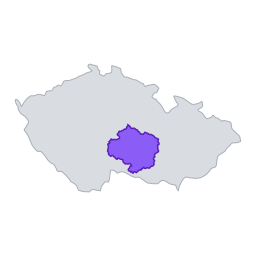 Vysočina on a map of Czechia (Albers equal-area conic projection)
{"feature_id": "CZE-1594", "entity_name": "Vysočina", "entity_type": "Region", "adm_level": 1, "iso_a3": "CZE", "parent_name": "Czechia", "parent_adm1": "", "projection": "albers", "projection_center": [15.646, 49.41], "detail": "fine", "context": "in_parent", "style": "filled", "palette": "violet", "viewbox_px": 256, "rotation_deg": 0, "n_neighbors": 0, "source": "natural_earth", "source_scale": "10m", "svg_char_len": 6725}
<svg xmlns="http://www.w3.org/2000/svg" viewBox="0 0 256 256"><path d="M240.6,141.5L239.8,141.6L237.9,142.5L235.4,142.9L232.7,142.8L230.7,144.3L228.8,146.6L226.8,148.2L225.8,149.7L225.2,151.1L218.5,155.5L217.6,157.2L216.9,159.6L216.7,162.7L216.3,165.5L215.1,167.1L211.4,168.4L210.5,169.2L209.8,170.6L207.8,172.9L205.4,175.1L200.9,177.6L196.0,178.4L189.7,177.8L186.0,176.9L184.2,178.0L181.8,181.2L179.2,186.6L178.2,190.7L177.3,189.6L175.7,185.3L174.0,184.8L171.6,184.4L169.8,183.8L166.0,181.4L164.0,180.6L161.7,180.5L159.6,182.0L158.0,183.7L152.9,183.7L147.4,182.9L139.4,177.3L137.4,177.2L135.2,177.5L131.7,176.2L125.0,172.5L121.9,171.6L119.9,172.1L118.1,172.9L116.8,173.0L116.1,171.8L113.6,170.3L111.1,170.1L110.4,171.0L109.4,179.1L108.6,182.0L105.1,181.8L103.9,183.2L101.1,187.1L100.5,190.8L95.8,190.1L93.6,189.4L91.6,189.8L89.4,191.9L83.3,191.6L78.5,190.3L76.5,185.6L74.4,183.7L71.6,182.0L70.7,181.6L69.2,179.0L66.4,175.8L61.8,171.4L58.2,171.5L56.8,170.3L56.3,168.7L54.9,165.9L53.2,163.9L51.2,163.1L48.3,160.6L44.5,155.2L41.0,151.4L37.5,151.4L35.4,149.4L33.2,146.8L31.7,144.3L29.3,138.3L27.6,134.9L26.2,132.7L24.7,130.9L24.1,129.5L26.3,126.5L27.1,124.9L28.0,123.8L28.5,122.5L28.6,121.6L26.9,118.4L24.5,116.1L21.0,113.7L18.9,110.7L18.1,108.0L18.0,106.6L16.5,104.6L15.4,101.6L15.4,99.9L15.8,99.5L17.0,99.5L18.2,100.7L20.0,103.1L21.4,106.4L22.4,105.2L24.3,101.8L27.6,98.0L30.8,95.8L33.7,95.8L36.1,95.2L38.1,94.2L41.5,94.8L43.9,95.7L44.7,95.2L45.8,93.2L46.5,91.4L52.0,90.5L53.9,87.2L55.0,87.2L56.2,86.7L57.4,85.5L58.5,85.0L59.4,85.6L60.5,86.1L61.7,85.3L63.6,81.4L64.6,80.8L69.4,80.4L75.9,78.2L79.2,76.2L82.5,75.1L86.0,73.2L91.5,71.4L91.8,70.6L89.3,68.5L88.4,67.3L87.9,66.0L88.8,64.5L90.0,64.1L91.5,64.7L96.1,65.7L97.3,66.5L97.8,68.5L98.9,70.4L99.8,70.7L99.5,73.7L100.9,74.9L103.0,75.9L104.5,75.7L105.5,74.5L105.9,73.6L108.7,73.5L111.6,72.3L111.8,70.1L111.7,66.2L112.0,65.6L116.3,66.8L120.6,68.6L121.2,72.5L122.4,74.4L123.7,76.2L125.1,77.0L127.3,77.2L133.2,79.5L136.1,80.0L139.0,81.6L141.5,83.2L143.3,83.6L144.1,85.4L145.2,86.6L147.1,85.6L154.2,84.2L156.8,86.0L158.6,87.9L158.8,88.5L157.9,90.1L157.5,91.4L156.8,92.3L154.3,93.2L153.0,94.7L152.0,96.3L152.7,97.8L154.7,99.0L156.1,99.2L156.6,100.3L161.2,105.3L164.9,111.8L166.4,112.8L167.7,113.1L169.2,112.1L171.0,109.9L173.0,108.4L174.8,107.5L177.9,105.7L178.0,104.5L175.3,100.1L173.8,96.5L174.1,95.9L177.4,96.4L183.1,98.2L192.0,104.4L193.6,104.4L196.6,103.9L199.9,102.7L201.5,101.5L202.1,101.9L202.7,105.4L201.9,107.4L197.9,109.4L198.2,110.3L199.2,111.4L201.0,112.2L203.3,114.4L204.9,117.0L206.2,118.2L207.7,118.7L211.3,117.2L212.3,116.1L212.7,115.3L213.4,115.4L214.7,116.7L215.1,117.4L218.7,118.7L220.8,120.5L222.2,121.3L223.6,120.4L229.2,121.6L230.8,122.7L231.4,124.7L231.2,125.9L232.1,129.0L239.6,136.2L240.5,140.0L240.6,141.5Z" fill="#d9dde1" stroke="#a8b0b8" stroke-width="1"/><path d="M158.4,139.1L158.3,139.7L158.2,140.3L157.8,141.3L157.8,141.6L157.9,141.8L158.8,142.8L158.9,143.0L159.0,143.3L159.0,143.6L159.0,143.9L159.0,144.2L158.9,144.5L158.7,144.6L157.7,144.8L157.6,145.0L157.5,145.4L157.7,146.1L157.8,148.4L157.8,148.8L158.5,150.8L158.5,151.1L158.5,151.5L158.4,151.7L155.4,153.5L155.0,154.0L154.7,154.6L154.5,154.9L154.5,155.3L154.5,155.6L154.5,155.8L154.5,156.0L154.8,156.5L154.9,156.8L154.8,157.0L154.7,157.1L154.0,157.4L153.8,157.5L153.7,157.8L153.6,158.4L153.5,159.1L153.6,159.4L153.7,159.6L153.8,159.8L154.2,160.0L154.4,160.2L154.5,160.4L154.6,160.6L154.6,160.8L154.5,161.1L154.4,161.4L153.9,162.0L153.7,162.5L153.8,163.0L154.0,163.6L154.1,163.9L154.1,164.1L154.0,164.3L153.8,164.9L153.1,165.8L150.7,166.6L149.9,167.7L149.6,168.0L149.2,168.1L146.9,167.7L146.7,167.8L146.1,168.2L145.9,168.3L144.9,168.4L144.5,168.3L144.3,168.1L144.1,167.9L144.0,167.6L143.8,167.3L143.6,167.3L143.3,167.5L142.5,168.6L142.3,168.5L142.0,168.5L141.8,168.6L141.6,168.7L141.5,169.0L141.3,169.7L141.2,169.9L141.0,170.0L139.8,169.9L138.8,170.4L136.4,172.6L136.2,172.6L134.9,171.7L134.7,171.6L134.2,171.7L133.9,172.0L133.7,172.3L133.5,172.5L133.3,172.9L133.1,173.1L132.9,173.1L132.7,173.0L132.1,172.0L131.8,171.7L131.6,171.6L131.3,171.6L131.1,171.6L131.0,171.8L130.9,172.0L130.8,171.8L130.7,171.6L130.5,171.4L130.4,171.3L130.0,171.2L129.4,171.2L129.2,171.1L128.8,170.7L128.7,170.4L128.5,170.2L128.4,170.2L128.2,169.8L128.3,169.4L128.4,169.2L128.5,169.0L129.6,167.7L129.8,167.4L129.9,167.1L129.9,166.7L130.0,166.3L130.1,166.2L130.3,166.2L131.0,166.1L131.3,166.1L131.6,165.9L131.7,165.6L131.6,165.4L131.4,165.1L129.8,163.5L129.7,163.5L129.4,163.5L128.1,164.0L127.6,164.0L126.0,163.7L125.9,163.8L125.3,163.9L125.1,163.8L125.0,163.7L123.4,162.2L123.2,162.0L123.1,161.6L123.0,161.2L123.0,160.3L122.8,159.9L122.6,159.6L122.4,159.5L120.7,159.3L120.3,159.2L120.2,159.1L118.4,158.1L118.2,158.1L117.8,158.3L117.2,159.2L117.1,159.3L116.9,159.3L115.6,158.4L114.7,157.2L113.7,156.6L113.0,155.8L112.4,155.5L112.1,155.5L111.8,155.6L111.3,156.1L111.0,156.2L110.6,156.2L110.0,155.8L108.8,154.6L108.6,154.3L108.5,154.0L108.5,153.8L108.5,152.7L108.5,152.4L108.4,152.1L107.8,151.6L107.7,151.3L107.6,151.0L107.6,150.6L108.3,147.8L108.4,146.9L108.3,146.0L107.8,144.2L108.1,143.9L109.3,143.5L109.5,143.4L109.6,143.1L109.6,142.9L109.6,142.6L109.4,142.4L108.9,141.9L109.2,141.8L109.6,141.4L109.8,141.2L109.9,140.9L110.0,140.6L110.8,140.1L110.9,139.9L110.8,139.6L110.8,139.4L110.9,139.2L111.0,139.1L111.4,139.1L112.7,139.7L113.1,139.7L113.6,139.7L114.4,139.4L115.3,139.5L115.9,139.7L116.9,139.5L119.5,138.3L119.6,137.7L119.5,137.1L119.3,136.6L119.2,136.4L119.0,136.1L117.5,135.0L117.3,134.8L117.3,134.6L117.4,134.2L117.5,133.9L118.3,133.0L118.6,132.6L118.7,132.4L118.7,132.2L118.8,132.0L118.8,131.8L118.9,131.6L119.1,131.4L119.3,131.3L119.5,131.2L119.8,131.3L120.1,131.5L120.3,131.5L120.5,131.5L121.9,130.7L123.1,130.2L124.3,129.2L124.5,129.1L124.8,129.1L125.4,129.2L125.8,129.1L126.1,129.0L126.3,128.8L126.4,128.6L126.5,128.4L126.6,127.6L126.7,127.3L126.7,127.1L126.8,127.0L126.9,126.8L127.0,126.6L127.3,126.4L127.7,126.2L127.9,126.0L127.9,125.8L127.9,125.2L127.9,124.8L129.4,125.8L130.0,126.5L130.9,127.9L131.2,128.3L131.4,128.4L134.0,128.2L134.6,128.4L136.1,129.6L137.0,129.8L137.4,130.1L137.6,130.3L137.8,130.5L137.8,131.1L138.0,131.4L138.9,131.8L139.5,132.2L139.9,132.9L140.4,133.9L141.3,134.1L141.5,134.0L141.8,134.0L142.3,134.2L142.7,134.3L143.0,134.3L143.3,134.1L143.8,133.5L144.0,133.4L144.3,133.3L144.5,133.1L144.6,132.9L144.8,132.5L144.9,132.4L145.0,132.3L145.4,132.4L145.9,132.7L146.4,132.9L146.9,133.1L147.6,133.2L148.0,133.4L148.2,133.7L148.3,133.9L148.5,134.2L148.7,134.4L149.1,134.4L149.8,134.4L150.7,134.4L151.3,134.6L152.3,135.1L153.6,135.9L154.0,136.3L154.3,136.7L154.6,137.0L154.8,137.4L155.2,137.6L156.3,138.1L157.7,138.9L158.4,139.1Z" fill="#8b5cf6" stroke="#5b21b6" stroke-width="1.5"/></svg>